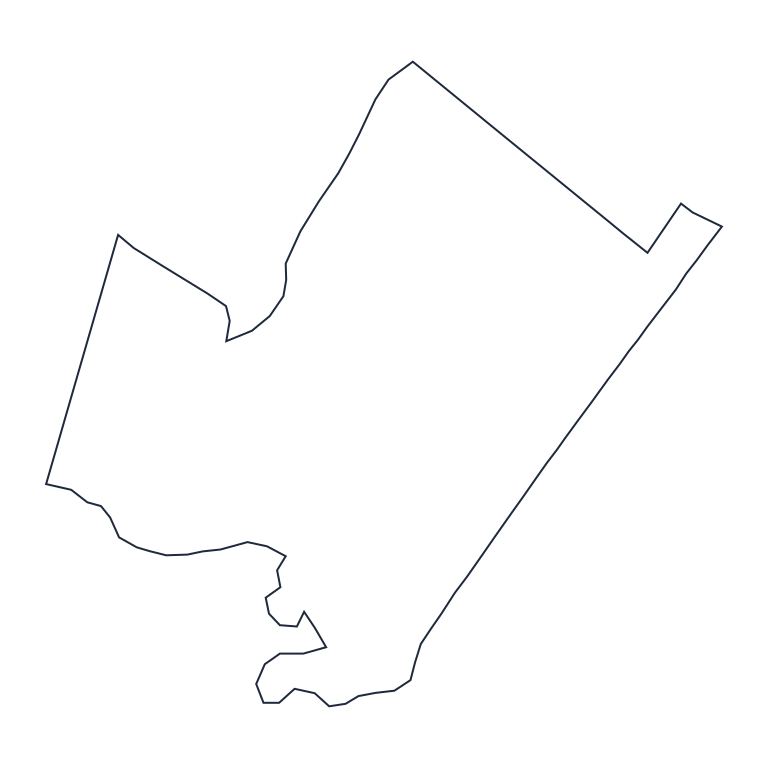 outline of Passo de Torres, Santa Catarina, Brazil
{"feature_id": "56859067B52187416246307", "entity_name": "Passo de Torres", "entity_type": "district", "adm_level": 2, "iso_a3": "BRA", "parent_name": "Brazil", "parent_adm1": "Santa Catarina", "projection": "orthographic", "projection_center": [-49.721, -29.267], "detail": "fine", "context": "isolated", "style": "outline", "palette": "slate", "viewbox_px": 768, "rotation_deg": 0, "n_neighbors": 0, "source": "geoboundaries", "source_scale": "gbopen_adm2", "svg_char_len": 1248}
<svg xmlns="http://www.w3.org/2000/svg" viewBox="0 0 768 768"><path d="M412.8,61.7L388.5,79.6L375.4,99.4L359.0,134.5L349.2,153.7L338.3,173.2L319.1,201.0L300.4,231.3L285.7,263.6L286.2,279.9L283.4,296.2L269.8,316.0L252.0,330.7L226.3,341.2L229.7,320.8L226.0,306.1L207.6,293.6L163.9,266.8L149.6,257.9L133.7,248.0L118.1,234.9L46.1,484.1L71.2,489.8L87.3,502.3L101.0,506.1L110.2,517.6L119.1,537.4L136.7,547.3L149.5,551.1L166.2,555.3L187.4,554.6L202.7,551.4L220.5,549.5L247.5,542.1L267.0,546.3L285.7,556.2L277.1,570.3L280.4,587.2L265.7,597.7L269.0,613.7L279.9,625.2L296.9,626.5L304.1,611.8L315.0,628.1L326.1,647.2L303.3,653.6L279.9,653.6L264.8,664.2L256.2,684.0L263.5,702.8L279.1,702.8L294.6,688.8L314.7,693.2L329.2,706.3L345.6,703.8L358.4,696.1L375.4,692.9L394.4,690.7L410.5,680.1L415.0,662.6L420.8,644.0L431.4,628.1L441.4,613.7L454.8,592.9L467.1,576.6L482.7,554.3L494.4,537.4L503.6,524.3L511.7,512.8L523.6,496.1L535.6,478.9L547.1,462.6L557.1,449.5L565.2,438.0L576.6,422.4L592.2,401.3L608.1,379.3L619.6,364.2L628.8,351.2L638.0,339.7L647.4,326.6L661.1,308.7L675.9,289.5L686.2,273.6L696.8,260.1L707.4,245.5L721.9,226.6L692.7,212.5L681.0,203.6L647.5,252.8L623.0,233.3L605.1,218.6L505.1,137.1L412.8,61.7Z" fill="none" stroke="#1e293b" stroke-width="2"/></svg>